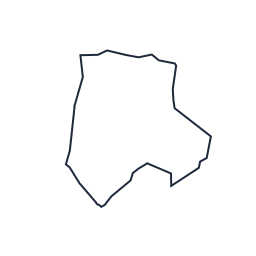 outline of Taishir, Govi-Altay, Mongolia, rotated 306°
{"feature_id": "93677404B52010246121737", "entity_name": "Taishir", "entity_type": "district", "adm_level": 2, "iso_a3": "MNG", "parent_name": "Mongolia", "parent_adm1": "Govi-Altay", "projection": "mercator", "projection_center": [96.271, 46.587], "detail": "fine", "context": "isolated", "style": "outline", "palette": "slate", "viewbox_px": 256, "rotation_deg": 306, "n_neighbors": 0, "source": "geoboundaries", "source_scale": "gbopen_adm2", "svg_char_len": 817}
<svg xmlns="http://www.w3.org/2000/svg" viewBox="0 0 256 256"><g transform="rotate(306 128 128)"><path d="M113.0,72.7L75.4,94.3L62.1,99.1L61.9,103.8L54.8,121.2L49.1,145.2L49.1,145.7L48.9,146.1L48.7,146.4L48.4,146.7L48.3,147.4L48.3,147.8L48.3,148.1L48.3,148.3L48.4,148.6L48.4,148.8L48.5,149.1L48.7,149.5L48.7,150.0L48.7,150.5L48.7,150.8L48.6,151.2L48.6,151.6L48.6,152.1L48.5,152.4L48.5,152.7L52.0,154.4L62.9,154.7L87.1,160.9L94.4,158.4L101.1,160.3L110.7,164.3L116.5,189.5L106.6,197.0L137.4,208.7L143.2,206.1L150.0,209.3L169.9,200.0L171.4,154.1L177.2,148.4L186.0,141.2L206.8,130.3L207.7,127.8L200.9,113.3L201.4,104.1L191.4,95.0L185.7,83.0L178.4,65.5L169.5,60.6L158.9,46.7L142.7,61.5L113.9,71.9L113.7,72.2L113.6,72.4L113.5,72.5L113.4,72.6L113.2,72.7L113.0,72.7Z" fill="none" stroke="#1e293b" stroke-width="2"/></g></svg>